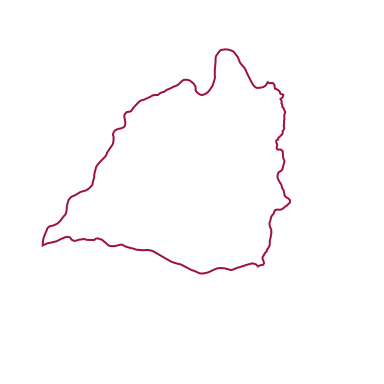 the district of Carneirinho, Minas Gerais, Brazil, rotated 39°
{"feature_id": "56859067B62729457033226", "entity_name": "Carneirinho", "entity_type": "district", "adm_level": 2, "iso_a3": "BRA", "parent_name": "Brazil", "parent_adm1": "Minas Gerais", "projection": "mercator", "projection_center": [-50.814, -19.776], "detail": "fine", "context": "isolated", "style": "outline", "palette": "rose", "viewbox_px": 384, "rotation_deg": 39, "n_neighbors": 0, "source": "geoboundaries", "source_scale": "gbopen_adm2", "svg_char_len": 4228}
<svg xmlns="http://www.w3.org/2000/svg" viewBox="0 0 384 384"><g transform="rotate(39 192 192)"><path d="M237.0,103.3L235.8,103.2L234.4,103.1L233.0,104.2L231.5,105.2L230.0,104.6L229.4,103.4L228.8,102.0L227.9,101.2L226.4,100.6L225.3,99.2L225.2,98.0L225.9,96.9L225.0,95.8L225.3,94.3L225.5,93.0L225.5,91.7L225.9,90.4L225.3,89.0L224.1,87.5L224.0,85.6L223.6,84.3L221.9,83.2L220.8,81.5L219.9,80.1L218.6,78.5L217.5,76.5L216.3,75.4L215.2,73.8L214.6,72.4L214.2,71.2L212.8,70.6L211.5,69.9L210.5,69.2L208.8,69.1L207.3,67.4L205.6,66.7L205.0,65.3L203.6,64.6L202.2,64.0L202.7,62.5L202.6,60.6L201.8,59.0L200.3,59.5L198.8,60.0L197.2,58.9L195.5,58.5L194.2,58.8L192.8,58.9L191.4,59.5L190.1,58.3L188.6,56.9L187.1,56.5L185.9,56.5L184.9,57.6L183.6,58.7L181.8,58.9L182.2,62.4L182.0,63.9L181.3,65.6L179.4,68.0L177.7,69.7L176.3,70.5L174.9,70.7L171.9,70.2L168.9,69.1L162.0,66.0L155.4,62.7L148.7,61.5L147.1,60.8L142.6,58.3L136.7,56.9L134.9,56.9L130.7,58.4L127.6,60.6L125.1,63.5L124.7,65.1L125.1,71.1L126.1,73.2L127.3,74.6L128.4,76.1L130.2,78.7L132.5,82.2L136.2,86.9L137.3,87.9L138.3,89.5L140.0,93.5L141.1,96.7L141.6,102.4L141.5,104.3L140.9,106.8L139.5,109.5L138.5,110.5L136.9,111.2L135.6,111.4L133.3,111.4L131.9,111.2L130.6,110.5L129.8,109.3L128.2,107.8L125.4,106.8L121.8,106.7L120.3,106.8L119.1,107.1L116.8,108.4L115.0,110.2L114.5,111.6L113.7,117.2L112.9,119.4L111.2,122.0L110.8,123.2L110.3,124.4L108.7,127.4L107.9,129.0L107.4,131.5L106.3,132.9L105.2,134.7L104.4,138.1L101.0,141.0L98.8,146.1L96.7,150.3L94.8,152.9L94.1,155.0L93.6,160.8L93.4,164.5L93.8,167.5L92.8,169.0L91.0,170.9L90.9,172.7L90.9,174.4L92.0,176.1L95.5,179.0L97.4,181.1L98.3,183.4L98.0,185.0L97.0,186.9L94.8,189.6L93.4,192.4L93.5,195.1L94.7,197.5L96.2,198.3L98.8,201.6L100.1,204.1L100.5,205.7L100.7,209.1L101.3,214.9L102.0,216.8L102.3,218.7L101.7,225.2L101.5,227.8L101.5,230.9L101.9,233.3L103.2,236.0L104.4,238.7L105.5,240.5L106.4,241.7L107.2,243.3L108.6,246.3L109.2,247.6L110.1,249.0L110.0,251.4L109.8,253.8L108.8,257.1L107.8,258.6L105.6,261.7L105.0,262.9L104.1,265.7L102.8,268.9L101.6,270.9L101.2,272.2L101.1,274.3L101.2,276.0L102.1,278.5L103.8,281.9L106.5,285.8L107.6,288.4L107.8,289.7L107.6,291.5L107.8,297.9L107.6,299.4L107.3,301.2L105.5,305.0L102.9,308.3L102.4,310.8L103.2,313.3L104.2,316.9L105.8,321.7L107.9,325.2L109.6,327.5L111.3,324.0L112.2,322.6L113.9,320.5L116.0,317.8L117.8,315.5L119.7,311.0L121.5,307.8L122.5,306.1L123.9,304.8L125.8,304.1L128.7,304.8L130.7,304.4L131.9,303.5L133.0,302.1L134.2,300.1L135.7,298.7L137.6,296.4L139.7,295.7L140.9,295.0L146.2,290.9L146.6,288.9L147.7,287.5L151.9,285.8L154.3,285.8L155.5,285.9L157.1,285.8L158.7,286.0L160.9,286.0L162.3,285.5L164.2,284.2L166.3,282.3L169.7,277.8L171.4,276.7L174.0,276.4L177.2,275.2L181.7,273.1L185.1,271.8L190.7,268.0L193.9,265.0L196.3,263.6L199.1,262.5L219.4,259.3L223.2,258.0L226.8,256.4L228.1,255.7L229.8,255.1L238.8,253.4L241.5,252.7L243.3,251.9L246.4,251.1L247.9,250.8L249.4,250.2L250.8,249.3L253.2,246.9L255.2,244.2L258.4,237.7L259.8,235.3L261.6,233.5L264.2,231.6L265.7,230.6L266.9,230.2L268.5,229.3L270.7,228.6L272.1,227.4L273.7,224.6L275.1,222.0L276.4,220.4L278.6,216.9L279.4,215.7L280.4,214.1L283.8,209.5L285.6,208.6L287.4,208.0L290.2,208.3L290.7,206.6L291.8,205.3L293.1,203.7L292.8,202.0L291.4,200.9L289.5,199.9L288.3,199.0L287.7,197.4L287.5,195.4L287.1,193.4L287.4,191.2L286.6,189.7L286.6,188.1L286.3,186.1L286.0,184.7L285.2,183.6L284.2,182.3L283.3,181.1L282.4,179.4L281.5,177.4L280.4,175.8L279.7,174.2L278.2,172.5L277.1,171.1L275.3,170.5L274.2,169.7L272.7,168.5L271.7,167.3L271.2,165.9L270.6,164.3L269.7,162.8L269.1,161.3L269.0,158.9L269.0,157.2L268.5,155.7L267.9,154.6L268.2,153.3L269.4,151.9L270.6,151.1L271.6,150.4L272.7,148.8L273.3,146.7L273.5,144.8L274.2,143.1L274.4,141.4L274.6,139.9L274.7,138.7L274.1,137.4L273.0,136.7L271.5,136.4L269.9,136.6L268.6,136.7L267.3,136.8L266.0,136.4L264.6,135.0L263.2,133.9L261.8,132.9L260.0,132.4L258.6,131.5L257.5,130.6L256.3,129.8L255.0,129.5L253.5,129.0L252.4,128.6L251.2,128.0L250.0,127.4L248.7,126.2L247.9,124.9L247.1,123.4L247.0,121.5L247.8,119.9L248.0,118.4L247.8,117.0L247.0,115.3L245.9,113.1L245.3,111.3L244.6,110.0L243.3,109.2L241.9,108.4L240.8,107.5L240.0,106.6L238.9,105.6L237.9,104.4L237.0,103.3Z" fill="none" stroke="#9f1239" stroke-width="2"/></g></svg>